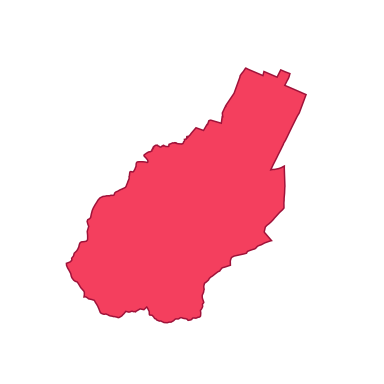 outline of Crizbav, Brasov, Romania, rotated 291°
{"feature_id": "2599482B31173771953984", "entity_name": "Crizbav", "entity_type": "district", "adm_level": 2, "iso_a3": "ROU", "parent_name": "Romania", "parent_adm1": "Brasov", "projection": "equal_earth", "projection_center": [25.451, 45.829], "detail": "fine", "context": "isolated", "style": "filled", "palette": "rose", "viewbox_px": 384, "rotation_deg": 291, "n_neighbors": 0, "source": "geoboundaries", "source_scale": "gbopen_adm2", "svg_char_len": 5977}
<svg xmlns="http://www.w3.org/2000/svg" viewBox="0 0 384 384"><g transform="rotate(291 192 192)"><path d="M175.1,283.7L180.3,274.0L180.7,273.7L185.6,273.0L186.3,273.3L187.6,273.8L188.8,274.5L189.9,275.2L192.4,276.5L195.7,277.9L196.6,278.1L204.3,281.1L207.9,282.9L210.0,283.6L213.0,282.4L214.7,281.7L217.1,281.0L219.3,280.2L223.9,278.9L229.5,277.0L230.6,276.7L247.6,269.5L249.3,268.9L248.7,268.3L247.5,267.3L246.8,266.7L246.0,265.8L244.7,264.2L244.4,263.7L242.7,261.1L242.0,259.4L241.5,258.5L240.9,257.6L241.4,257.6L246.7,258.0L254.3,258.8L256.9,259.0L262.6,259.6L267.4,260.0L269.2,260.2L269.8,260.1L271.0,260.2L273.5,260.7L276.7,261.0L288.9,262.0L300.5,263.1L304.2,263.8L323.8,263.6L324.8,240.4L329.9,240.9L332.5,241.3L334.5,241.3L337.6,241.0L337.6,236.1L337.8,231.1L334.1,230.7L329.7,230.3L330.3,216.0L326.1,216.5L326.5,205.6L326.7,200.3L327.0,197.8L326.7,197.6L323.0,196.8L320.4,195.9L317.9,195.3L315.9,195.6L315.2,195.6L299.2,195.9L286.3,192.9L284.2,192.5L284.0,192.9L282.8,192.4L276.6,192.0L273.3,193.7L273.2,193.2L266.7,194.7L265.8,183.8L265.4,183.0L265.1,182.9L264.6,182.2L260.5,182.3L260.4,181.8L253.6,180.7L253.4,172.7L247.2,170.5L246.1,170.1L245.1,170.0L243.3,169.1L241.3,168.4L242.1,167.5L241.8,167.3L240.5,167.7L239.3,167.6L239.2,167.2L238.8,166.8L238.4,166.1L237.6,166.6L236.7,166.6L235.7,166.2L235.0,166.3L233.8,166.1L233.6,165.8L233.5,165.4L233.0,165.1L232.8,164.1L232.3,162.5L232.3,162.3L232.1,162.0L232.0,161.7L232.0,160.9L231.8,160.3L231.7,159.7L232.2,159.5L232.0,158.6L231.7,157.9L231.3,157.7L231.1,157.2L231.1,156.8L231.1,156.6L230.6,156.0L228.7,154.1L228.6,153.7L228.3,153.5L227.9,153.5L227.5,153.7L226.6,153.8L226.4,153.9L226.1,153.8L226.0,153.6L225.7,153.0L225.5,152.2L225.1,151.4L225.1,151.0L225.2,150.1L225.1,149.6L225.3,149.3L225.4,148.9L225.4,148.6L225.2,148.4L224.6,148.5L224.5,148.3L224.5,147.9L223.8,147.3L223.5,147.3L223.4,147.2L222.8,146.7L222.7,146.6L222.6,145.6L222.8,145.2L222.9,144.5L222.9,144.3L222.8,144.1L222.8,143.9L223.2,143.2L223.3,143.0L223.3,142.7L223.1,142.4L222.9,142.2L222.9,141.9L222.5,141.2L222.4,141.1L222.0,141.0L221.9,140.9L221.5,140.4L220.6,140.3L220.6,140.0L220.4,139.9L219.9,139.7L219.6,139.7L219.1,140.1L218.8,140.0L218.7,140.0L218.8,139.8L218.3,139.7L217.3,139.5L216.8,139.5L216.1,139.8L215.7,139.4L214.8,138.8L214.0,137.4L213.8,137.1L213.6,136.9L212.8,136.3L212.2,135.8L209.9,134.3L209.6,134.1L209.3,134.0L209.1,134.0L208.7,134.2L208.3,134.6L208.1,135.0L207.8,135.7L207.1,137.2L206.8,137.6L206.2,138.8L205.6,139.4L205.1,139.7L204.5,139.9L204.0,140.0L203.6,139.8L203.4,139.3L203.4,138.4L202.9,136.2L202.4,134.7L202.2,134.1L201.3,131.8L200.6,130.4L200.2,130.0L199.7,129.8L199.2,129.7L198.3,129.8L195.7,130.6L195.3,130.5L193.7,130.5L192.7,130.5L190.7,130.2L190.3,130.1L189.7,129.8L189.3,128.9L189.3,128.1L189.1,127.4L188.9,127.1L188.7,127.0L188.4,126.9L187.5,127.0L184.5,127.8L183.9,127.7L183.6,127.8L182.7,128.3L181.7,128.5L178.5,128.4L177.6,128.5L174.8,128.4L174.0,128.5L172.5,128.2L171.9,127.7L171.5,127.3L171.0,126.9L170.4,126.2L169.8,125.8L169.3,125.1L168.7,124.6L168.2,124.0L165.8,122.1L165.2,121.3L164.4,120.7L163.6,120.3L163.2,120.2L161.9,120.3L161.4,120.3L161.0,120.0L160.6,119.6L160.4,119.1L160.2,118.2L159.9,117.8L159.7,117.2L158.7,116.1L158.6,115.5L157.8,113.6L156.8,112.2L156.0,110.5L153.5,108.2L150.9,107.2L147.6,106.6L145.2,106.1L141.7,105.6L139.0,105.5L135.4,105.9L131.9,106.5L130.4,106.0L128.8,104.6L127.0,104.6L124.5,106.4L122.9,107.9L117.7,108.3L114.1,110.1L111.3,111.2L110.0,111.6L108.3,111.1L107.1,109.2L105.7,106.5L104.4,105.7L103.6,105.6L102.0,105.7L100.2,106.0L97.4,105.8L95.6,105.4L92.6,104.0L89.8,104.3L87.0,103.4L85.4,104.2L84.4,103.9L83.0,103.2L81.6,101.7L80.4,100.3L78.5,101.2L76.5,103.1L74.7,105.4L72.4,108.0L70.1,109.5L68.9,110.6L67.3,113.1L66.8,115.0L66.9,117.0L65.8,118.7L62.8,122.5L62.1,123.9L60.6,126.7L59.8,127.4L57.0,128.5L56.5,128.6L56.3,128.5L55.3,128.8L55.9,129.7L56.0,130.9L55.8,131.9L55.7,132.4L55.4,133.2L55.2,133.7L55.5,135.6L55.6,136.6L55.8,137.2L55.7,137.8L55.9,139.3L55.4,140.2L54.3,141.4L53.1,143.1L51.4,145.2L50.9,145.6L49.6,146.9L47.7,148.6L47.3,149.1L46.7,149.5L46.4,150.1L46.3,150.6L46.2,151.4L46.2,152.9L46.3,153.4L46.4,153.9L46.9,154.8L47.3,155.3L47.3,155.6L47.2,156.8L47.3,157.3L47.2,157.7L47.0,158.7L47.0,159.9L47.2,160.9L47.4,161.6L47.4,162.0L47.5,162.6L47.5,163.3L47.9,164.3L48.3,166.9L48.2,167.5L48.4,168.5L48.9,169.1L50.4,170.3L51.6,171.1L52.9,171.5L53.3,171.8L55.0,172.4L55.9,172.7L56.8,172.9L57.2,176.0L57.8,177.1L58.6,177.8L59.2,178.8L59.4,180.7L60.0,181.7L59.9,182.3L60.6,182.5L64.3,185.5L64.9,189.3L68.4,191.0L68.0,191.7L65.1,194.9L62.5,196.0L62.0,196.5L62.6,199.0L61.6,201.0L60.5,202.5L60.6,203.7L59.9,204.9L59.8,207.8L60.4,209.0L60.1,212.7L61.1,215.8L62.3,217.3L62.6,218.0L63.0,219.1L64.0,219.9L65.2,220.9L67.1,221.8L67.5,222.1L67.9,222.8L68.5,224.6L69.1,225.2L70.2,226.0L70.7,226.6L71.0,227.9L70.9,228.7L70.9,229.2L71.1,229.6L71.2,230.7L71.5,231.3L71.5,233.2L71.0,233.8L70.8,234.4L72.1,236.6L72.9,237.4L74.0,237.6L74.6,238.0L75.1,239.0L75.5,240.6L76.0,241.4L77.1,242.4L77.7,243.5L78.2,244.0L79.2,244.4L79.7,244.3L81.7,243.7L82.9,243.2L84.2,242.4L84.6,242.3L85.3,242.6L86.2,242.8L88.0,243.0L88.8,243.0L89.1,242.9L90.7,242.1L91.3,242.0L91.6,242.1L92.6,242.5L93.0,242.6L93.4,242.4L94.4,241.6L95.4,240.7L96.4,239.9L97.0,239.5L98.8,238.7L99.3,238.6L99.9,238.6L102.1,238.7L102.8,238.7L103.9,238.4L105.3,238.2L105.6,238.2L106.6,237.5L108.4,236.7L109.1,236.6L109.8,236.6L110.2,236.5L110.9,236.4L111.9,236.7L112.3,237.1L113.3,237.7L115.7,238.9L117.8,239.2L118.6,239.7L119.2,239.9L119.8,240.4L120.3,240.8L121.2,241.4L122.2,242.0L123.1,242.5L126.7,244.7L128.2,246.2L129.7,246.5L132.1,247.4L133.7,249.6L137.4,254.1L141.0,252.6L141.9,252.4L143.1,252.3L144.6,252.3L145.5,252.7L147.3,254.3L152.7,262.5L154.4,264.8L155.5,264.9L156.5,265.2L157.5,266.2L159.8,268.9L161.4,271.0L162.5,271.7L164.4,272.4L165.1,272.8L165.7,273.4L166.3,274.0L167.0,274.9L167.8,275.8L169.0,276.8L170.5,278.1L174.2,282.4L175.1,283.7Z" fill="#f43f5e" stroke="#9f1239" stroke-width="1.5"/></g></svg>